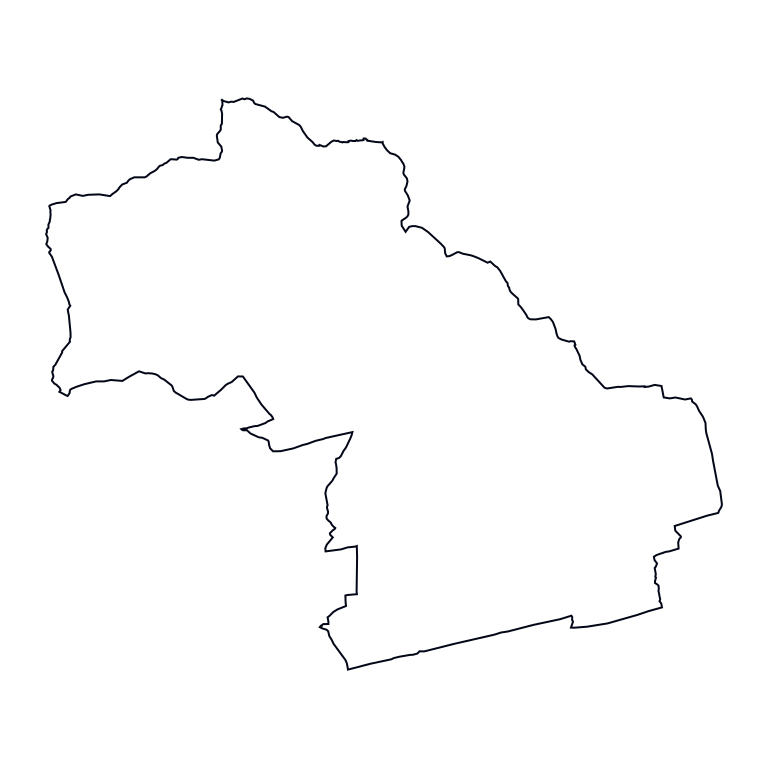 outline of Margaritesti, Buzau, Romania
{"feature_id": "2599482B16167443688776", "entity_name": "Margaritesti", "entity_type": "district", "adm_level": 2, "iso_a3": "ROU", "parent_name": "Romania", "parent_adm1": "Buzau", "projection": "robinson", "projection_center": [26.823, 45.435], "detail": "fine", "context": "isolated", "style": "outline", "palette": "ink", "viewbox_px": 768, "rotation_deg": 0, "n_neighbors": 0, "source": "geoboundaries", "source_scale": "gbopen_adm2", "svg_char_len": 6048}
<svg xmlns="http://www.w3.org/2000/svg" viewBox="0 0 768 768"><path d="M348.0,669.6L370.2,663.8L391.3,659.3L393.7,658.1L399.5,656.7L410.0,654.9L412.7,654.8L417.0,653.7L418.6,652.4L419.4,651.3L424.2,651.4L453.5,644.0L494.6,634.6L501.1,632.5L507.8,631.5L533.8,624.8L560.1,619.2L571.4,615.7L572.2,617.0L572.1,619.8L573.0,621.7L571.0,627.6L574.4,627.7L587.1,626.7L607.6,623.4L637.4,614.9L648.6,611.1L662.0,607.4L661.2,603.4L659.5,601.2L660.2,599.6L658.5,590.9L658.8,588.4L658.5,585.6L657.4,584.5L655.0,583.0L655.0,581.0L656.0,577.7L655.3,576.9L655.8,574.1L654.7,568.0L656.0,566.3L657.0,563.4L654.5,560.0L653.9,556.7L656.6,555.0L665.7,551.9L669.1,551.4L678.6,548.6L678.2,542.5L679.2,539.1L680.9,537.3L680.8,536.3L675.3,530.7L674.7,526.0L707.0,515.7L718.3,512.9L719.0,510.7L721.1,507.4L721.7,505.8L721.9,504.2L720.2,491.0L717.8,485.7L713.1,461.1L712.0,453.9L706.3,433.1L705.8,429.6L705.5,423.0L703.7,418.5L702.8,416.5L699.1,410.9L696.8,405.9L695.7,404.3L692.2,401.6L691.9,399.7L690.9,398.4L685.0,399.5L675.4,397.5L669.7,398.4L663.7,397.4L661.5,386.0L654.7,384.9L648.6,386.6L644.6,387.0L644.6,386.3L639.2,386.5L628.2,386.1L620.2,387.0L618.1,386.8L607.0,388.5L604.5,387.7L592.2,374.3L588.7,372.1L585.9,369.4L585.3,366.7L582.3,364.3L580.4,359.7L579.6,355.8L576.4,349.1L575.2,347.3L574.5,345.4L575.4,344.8L574.2,341.4L570.4,341.2L569.1,341.7L561.5,339.5L558.4,337.9L557.3,335.9L556.5,333.5L555.6,329.1L552.9,321.9L550.6,318.9L548.7,317.1L536.0,319.4L530.6,319.3L529.0,318.7L527.6,317.6L526.3,314.9L523.2,310.3L520.7,306.9L518.3,304.4L518.2,299.2L517.7,298.3L512.2,293.5L510.5,291.6L509.6,289.8L509.1,287.7L507.9,285.9L507.5,283.0L505.8,281.1L500.1,270.8L497.3,267.3L495.1,266.0L490.2,261.5L487.6,262.7L478.1,258.0L474.1,256.4L470.8,255.3L462.7,253.7L459.1,252.2L457.2,252.2L452.0,255.0L449.4,256.1L446.7,256.4L445.1,253.0L444.8,248.8L444.3,247.4L440.6,243.5L428.0,232.0L422.0,227.8L415.4,226.1L412.3,226.1L409.1,226.9L405.6,231.8L401.7,225.7L401.5,221.2L401.6,220.7L406.6,217.3L407.8,215.8L408.4,214.4L408.4,211.5L407.5,206.5L409.7,200.5L407.8,195.4L405.0,190.9L404.8,189.3L406.4,186.1L407.5,181.5L406.9,178.4L403.9,174.6L403.5,173.5L403.4,172.4L404.3,168.1L404.4,166.5L403.2,163.3L402.0,161.9L401.1,160.1L398.4,156.8L395.3,154.7L390.1,153.2L387.1,150.3L384.6,147.0L382.8,143.7L382.6,142.0L381.8,142.4L376.0,142.0L367.3,140.7L367.3,139.9L366.1,139.3L365.7,138.6L363.9,138.4L363.5,138.6L363.5,140.1L357.4,140.8L356.5,140.1L355.4,141.0L352.9,141.0L350.9,140.6L348.4,141.1L348.5,142.0L347.5,142.3L343.1,142.0L342.6,142.4L339.3,141.6L338.1,140.8L336.5,141.0L333.9,140.5L331.4,141.7L326.0,146.3L323.5,146.5L319.4,144.9L318.9,145.9L316.3,145.7L314.5,144.6L312.8,142.3L307.4,137.5L302.9,131.1L300.9,127.0L299.9,125.7L299.0,124.9L292.2,121.2L288.5,117.0L286.8,116.7L283.0,117.8L279.4,117.1L273.6,112.0L271.4,111.2L265.0,106.6L255.3,104.0L254.0,102.7L253.2,100.7L249.7,98.9L246.7,98.4L244.5,99.3L242.5,98.5L233.8,101.9L231.0,101.7L228.5,102.4L223.5,101.0L221.3,99.3L222.3,100.9L222.5,105.3L221.9,106.0L221.9,106.9L220.8,109.5L221.4,110.4L222.1,113.6L221.9,123.8L220.9,125.2L220.7,126.1L220.8,129.2L220.4,130.4L217.2,134.1L216.8,135.8L217.8,142.5L221.3,146.6L222.1,150.8L221.8,151.8L220.7,153.2L219.9,157.2L219.4,158.6L218.7,159.4L214.3,160.6L201.9,159.2L198.8,159.8L193.4,157.8L187.6,157.8L181.9,157.0L178.3,157.8L177.7,159.0L176.8,159.6L171.0,159.2L170.4,159.4L166.5,162.8L164.2,163.7L162.7,165.0L159.6,165.9L156.8,169.3L154.4,171.1L150.5,173.1L146.5,176.5L144.8,177.3L134.3,177.3L129.8,179.3L128.3,180.7L126.9,182.7L122.2,184.5L119.2,187.7L118.7,188.8L116.4,191.2L112.3,194.1L110.1,196.1L99.4,194.4L88.1,194.8L82.9,195.9L75.8,194.4L70.5,196.5L69.3,198.1L67.9,199.0L66.0,201.6L65.2,202.0L56.5,203.1L51.6,204.6L49.5,205.7L49.3,206.1L50.5,210.2L50.4,212.5L50.6,214.4L50.2,218.9L49.8,219.8L49.9,221.2L48.4,224.6L48.5,227.9L47.4,228.9L46.7,230.4L47.0,232.0L46.1,234.1L47.7,237.8L47.3,241.4L46.4,243.8L46.4,244.4L48.3,246.8L50.6,248.9L50.7,250.5L49.3,251.9L49.2,252.8L51.9,256.7L58.6,274.7L64.6,292.4L67.2,297.5L69.0,302.3L69.5,304.7L70.3,305.7L67.8,309.4L67.8,310.4L68.9,315.8L70.5,332.4L70.6,337.3L70.0,338.6L69.7,340.5L70.0,341.7L62.2,351.0L62.1,352.6L55.3,364.8L53.4,366.8L53.1,370.4L52.2,371.6L52.6,373.7L53.4,376.1L53.0,377.9L51.9,379.9L52.1,380.9L54.4,383.6L56.5,384.8L59.5,387.7L60.6,390.0L59.4,391.8L67.4,396.0L67.9,395.7L69.6,393.0L69.8,391.1L70.2,389.8L71.6,388.8L76.7,386.7L84.3,384.2L96.2,381.4L104.0,381.4L110.8,380.0L122.4,380.9L128.7,377.0L139.0,371.3L145.3,373.4L148.4,373.2L152.2,373.5L155.3,374.2L157.8,375.3L160.9,378.0L164.2,379.6L171.6,385.4L172.3,386.5L173.9,391.1L175.7,392.6L186.8,399.1L188.5,399.7L190.9,399.9L203.6,399.0L205.3,398.7L208.0,396.8L211.2,395.3L212.4,395.1L214.1,395.7L220.8,390.0L225.6,385.2L227.3,384.0L231.7,382.0L238.0,376.4L242.9,376.5L254.4,392.6L256.8,397.6L261.5,404.6L269.6,414.1L270.8,414.9L272.5,417.2L273.2,419.1L267.7,421.4L265.5,423.0L257.7,425.9L254.2,426.2L248.4,427.6L246.9,428.3L243.9,428.4L241.3,429.1L242.0,429.8L243.3,430.3L246.9,430.2L250.5,433.5L258.7,437.3L262.3,437.8L267.9,440.4L268.6,441.4L269.1,444.9L270.1,448.3L273.1,451.3L280.5,451.2L293.3,448.4L302.8,445.0L307.3,443.9L315.7,440.8L322.9,439.1L325.7,438.0L352.4,432.1L351.6,435.2L350.3,438.5L347.0,445.4L346.0,447.5L343.6,450.8L340.8,456.2L339.1,457.9L336.2,458.9L335.5,462.4L336.0,464.0L336.6,468.2L336.7,473.6L333.9,477.8L332.4,480.6L327.4,486.4L326.7,487.8L325.6,491.9L325.4,493.6L327.6,505.3L327.0,506.9L327.0,507.8L328.1,512.0L327.9,513.6L326.5,516.1L326.6,518.5L328.2,520.4L330.7,522.5L331.7,524.6L333.3,526.4L335.3,528.0L335.0,528.7L332.5,530.6L329.9,533.2L330.2,534.8L332.8,537.4L326.8,544.6L325.3,548.4L325.6,551.4L341.0,549.4L347.5,547.4L355.2,546.6L356.8,546.0L357.1,556.6L356.6,591.8L356.9,594.2L347.5,595.0L345.4,595.5L345.6,602.1L346.0,606.0L337.5,609.4L333.3,612.0L329.8,615.6L327.6,617.3L328.4,621.8L328.4,624.0L323.3,624.1L321.9,625.2L321.8,625.8L321.0,625.7L319.8,627.1L322.0,628.3L326.5,629.7L328.2,631.3L329.3,636.0L331.9,640.2L333.5,643.7L345.5,660.1L346.9,663.5L348.0,669.6Z" fill="none" stroke="#020617" stroke-width="2"/></svg>